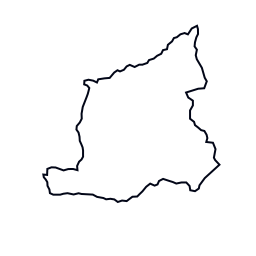 the district of Novo Cabrais, Rio Grande do Sul, Brazil, rotated 254°
{"feature_id": "56859067B95715574386696", "entity_name": "Novo Cabrais", "entity_type": "district", "adm_level": 2, "iso_a3": "BRA", "parent_name": "Brazil", "parent_adm1": "Rio Grande do Sul", "projection": "albers", "projection_center": [-52.991, -29.748], "detail": "fine", "context": "isolated", "style": "outline", "palette": "ink", "viewbox_px": 256, "rotation_deg": 254, "n_neighbors": 0, "source": "geoboundaries", "source_scale": "gbopen_adm2", "svg_char_len": 1758}
<svg xmlns="http://www.w3.org/2000/svg" viewBox="0 0 256 256"><g transform="rotate(254 128 128)"><path d="M207.2,222.5L206.1,216.7L201.5,211.4L203.7,208.5L203.6,204.2L201.8,200.0L201.8,196.9L199.1,194.2L197.0,189.3L193.0,187.2L193.2,183.1L190.2,180.4L189.4,175.9L187.6,171.9L187.5,166.9L185.2,164.5L184.9,159.2L185.8,156.3L184.8,151.2L188.2,147.1L187.6,143.7L185.1,140.1L184.6,135.9L186.4,133.8L185.1,130.0L181.2,124.2L182.2,119.1L183.0,112.8L180.3,110.7L183.1,107.6L185.3,103.3L185.4,99.1L182.0,97.9L180.1,100.5L177.1,101.8L174.3,100.2L171.8,98.7L168.8,96.5L160.7,90.3L154.5,87.3L149.7,86.1L146.6,83.2L144.0,79.3L140.7,78.0L137.3,79.2L133.0,79.0L128.9,78.1L125.6,78.6L121.9,79.0L118.7,78.6L115.3,77.6L112.8,76.9L110.5,74.6L109.1,71.7L105.5,68.6L101.4,67.8L103.7,64.0L105.0,59.3L105.0,54.4L110.0,47.5L111.3,43.6L110.9,39.2L105.2,37.3L106.6,33.8L103.9,33.5L101.2,34.7L98.2,35.5L94.6,34.7L90.6,35.5L86.9,35.0L84.5,37.8L82.6,44.4L82.6,47.8L82.0,51.9L79.1,57.4L78.9,62.5L77.4,65.1L73.7,75.8L70.3,79.3L67.5,85.0L65.5,87.3L64.8,91.6L63.1,95.2L59.7,97.8L59.9,102.3L58.1,106.6L59.3,109.6L60.7,113.3L59.6,118.0L61.2,120.8L63.1,124.4L66.5,129.3L68.4,134.0L65.3,137.7L65.6,140.8L68.5,143.2L69.4,147.7L65.8,153.0L63.7,156.2L61.3,159.1L60.9,164.5L59.6,169.0L55.3,171.2L51.0,170.7L48.8,175.0L50.3,179.4L53.2,180.9L58.7,188.0L67.5,205.8L73.2,202.9L75.8,202.4L83.6,206.3L90.4,205.6L93.0,199.4L96.4,201.5L99.8,201.7L104.1,200.6L105.8,197.7L109.2,195.5L112.3,193.2L115.7,193.2L119.8,190.2L127.8,192.5L131.8,196.6L136.4,197.9L140.7,194.3L146.1,193.6L146.4,206.3L145.2,212.2L151.2,216.6L155.2,215.6L165.5,215.6L175.2,213.1L179.3,213.2L184.3,215.8L188.1,214.5L191.9,216.0L196.3,218.7L199.0,221.2L203.8,222.5L207.2,222.5Z" fill="none" stroke="#020617" stroke-width="2"/></g></svg>